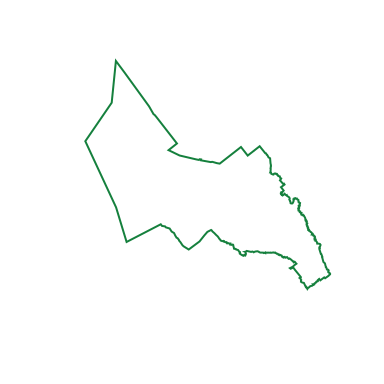 Cruz del Eje, Córdoba, Argentina (Mercator projection), rotated 322°
{"feature_id": "61730980B83091517859764", "entity_name": "Cruz del Eje", "entity_type": "district", "adm_level": 2, "iso_a3": "ARG", "parent_name": "Argentina", "parent_adm1": "Córdoba", "projection": "mercator", "projection_center": [-64.875, -30.658], "detail": "fine", "context": "isolated", "style": "outline", "palette": "green", "viewbox_px": 384, "rotation_deg": 322, "n_neighbors": 0, "source": "geoboundaries", "source_scale": "gbopen_adm2", "svg_char_len": 6064}
<svg xmlns="http://www.w3.org/2000/svg" viewBox="0 0 384 384"><g transform="rotate(322 192 192)"><path d="M139.2,86.3L122.7,157.4L109.7,191.1L147.5,198.2L147.5,200.3L149.6,202.5L149.6,203.7L151.9,207.0L151.6,210.7L152.6,213.3L152.0,215.9L151.7,218.5L152.2,219.5L152.2,221.6L151.9,222.3L152.0,224.3L151.7,228.2L152.0,229.8L154.0,235.3L167.5,235.6L175.0,233.8L179.6,232.9L183.7,233.7L183.9,234.4L183.8,235.6L184.3,238.1L184.6,241.0L184.9,242.6L184.9,244.1L184.7,245.5L184.9,246.7L184.7,247.9L185.0,248.2L185.4,249.1L186.1,249.7L186.4,250.5L186.6,250.5L187.0,250.3L187.1,250.5L187.0,251.3L187.1,251.6L187.6,252.3L188.2,252.6L188.4,252.9L188.4,253.2L188.0,253.5L188.0,254.1L189.4,254.9L189.7,256.0L190.2,256.1L190.6,256.3L190.4,256.7L189.8,257.1L190.6,258.0L191.6,258.4L191.9,258.8L191.8,259.3L191.1,260.5L190.8,261.5L190.2,262.5L190.8,263.3L191.3,263.6L191.5,264.1L191.4,264.6L192.4,265.8L192.6,266.3L192.5,267.1L192.5,268.0L192.5,268.6L192.8,269.0L192.3,269.7L191.9,269.6L191.7,270.0L192.5,272.5L192.8,272.7L193.0,273.6L193.4,274.1L193.9,274.1L194.3,273.7L194.6,273.7L195.0,274.8L196.4,274.0L197.2,272.2L197.0,271.8L197.6,272.1L198.8,272.1L201.7,275.6L202.5,275.9L203.0,276.2L203.3,276.7L203.5,277.5L204.7,277.7L205.8,278.2L207.2,279.1L207.5,279.6L207.9,280.3L207.9,280.7L208.5,281.8L210.5,283.4L210.8,284.0L211.0,284.0L211.1,284.3L211.4,284.3L211.7,284.7L212.1,284.9L212.3,285.4L212.8,285.0L213.0,285.4L214.1,286.2L214.4,286.6L215.0,286.9L216.1,287.9L216.6,288.1L216.7,288.4L217.2,288.8L218.9,289.7L219.3,290.4L219.8,290.6L220.1,291.2L220.4,291.2L220.5,291.8L220.7,292.3L220.7,292.5L220.8,292.5L221.5,293.5L221.5,294.7L222.1,294.8L222.3,295.9L222.9,296.0L223.1,296.4L223.2,297.0L223.5,297.3L223.1,298.4L223.4,298.8L223.6,298.8L223.7,299.0L223.5,299.5L223.6,299.9L224.3,299.9L224.4,300.2L225.1,300.2L225.4,301.1L225.2,301.2L225.3,301.4L226.8,301.8L226.8,302.4L227.0,304.2L227.1,304.3L227.9,304.4L228.0,304.7L228.5,306.5L228.8,308.7L229.0,308.7L229.1,308.9L228.9,309.9L229.3,309.9L229.9,310.1L229.9,310.5L230.1,310.8L230.0,311.9L230.1,312.8L228.0,312.7L225.3,312.9L222.3,312.3L222.5,313.2L225.3,313.9L225.2,317.0L225.4,326.0L225.2,326.3L224.8,326.4L224.3,326.0L223.9,326.0L224.2,326.9L223.9,327.8L223.9,328.6L223.3,328.9L223.0,329.4L222.6,329.8L223.1,331.2L224.2,332.5L223.2,336.9L223.7,337.0L223.6,337.6L223.3,337.7L223.3,338.5L223.5,338.7L223.3,339.4L224.6,339.0L225.5,339.2L227.3,339.0L227.7,339.3L228.7,339.6L228.9,339.8L229.7,339.8L230.4,340.0L230.6,339.5L230.6,339.3L231.0,339.6L231.9,339.5L232.0,339.8L232.3,339.6L232.9,339.5L233.7,339.7L234.1,339.4L234.5,339.5L235.0,339.2L235.4,339.3L235.8,339.7L236.2,339.8L236.4,339.7L236.5,339.1L236.8,338.9L238.7,338.8L238.7,340.6L243.6,340.7L243.8,341.9L247.9,342.1L249.1,341.9L250.1,341.9L250.5,341.5L250.6,340.6L250.5,340.4L250.3,340.2L250.3,339.6L250.1,339.5L250.0,339.2L250.2,338.7L251.3,338.1L251.5,337.4L251.4,337.0L250.7,336.4L250.7,335.8L251.0,335.3L251.3,334.1L251.2,333.7L251.5,333.5L251.7,332.5L252.7,330.4L252.8,329.6L252.5,328.5L252.5,328.0L254.2,324.0L254.4,323.8L254.3,323.6L254.4,323.3L254.8,323.3L255.7,320.5L255.4,320.2L257.3,315.2L257.9,315.2L258.1,314.3L258.6,314.3L258.9,313.7L259.4,313.7L260.7,312.9L260.8,311.7L259.7,310.3L258.9,309.8L259.6,308.3L259.6,306.8L259.5,306.6L259.9,306.1L259.6,305.9L259.3,305.9L259.5,305.3L259.9,305.1L259.7,304.9L259.8,304.7L259.5,304.6L259.9,304.0L260.2,304.0L260.3,303.8L260.8,303.7L260.9,303.1L261.4,302.8L261.4,302.4L261.1,302.1L261.2,301.7L260.8,301.0L261.2,300.7L261.1,300.1L260.2,299.3L260.4,299.2L260.7,299.4L261.2,299.1L261.0,298.9L261.1,298.4L261.2,298.2L261.2,297.5L261.1,296.9L260.8,296.6L260.8,295.2L260.4,294.7L260.7,294.3L260.4,294.1L260.1,293.5L260.3,293.2L261.0,293.2L260.9,291.8L261.1,291.4L261.4,291.8L261.6,291.6L261.5,290.9L261.9,290.5L261.7,289.8L261.9,289.7L262.1,289.7L262.2,289.4L262.1,288.4L263.3,287.8L263.0,287.4L263.5,287.0L264.0,286.2L263.7,285.7L263.8,285.5L264.1,285.3L264.5,285.4L264.6,284.7L264.0,284.2L264.3,283.7L264.7,283.5L264.7,283.0L264.9,282.8L265.3,281.8L265.5,279.9L265.7,279.5L265.6,279.3L265.1,279.0L265.1,278.9L265.5,278.5L265.5,278.1L265.0,277.7L264.6,277.7L264.6,277.2L264.3,277.0L264.7,276.0L265.3,275.7L264.8,275.2L264.7,274.6L265.2,274.0L265.1,273.9L264.7,273.8L264.9,273.4L265.0,272.9L264.6,272.4L265.1,271.9L264.9,271.5L265.4,271.2L265.5,270.7L266.1,270.9L266.5,270.7L266.5,270.0L266.8,270.0L267.0,269.8L266.9,269.6L267.0,269.4L267.5,269.4L267.7,269.6L267.9,269.5L267.9,268.5L268.9,268.7L269.1,268.1L269.9,267.7L270.4,267.2L270.3,266.9L269.9,266.5L270.1,266.0L269.8,265.4L270.9,263.8L270.8,263.6L270.8,263.3L270.4,262.7L270.4,262.4L270.6,261.8L269.9,261.4L269.9,260.9L269.6,260.4L269.2,260.5L268.8,260.2L268.5,260.4L268.3,260.1L267.9,260.3L267.5,260.1L267.1,260.6L267.1,261.1L266.3,261.7L266.1,262.0L265.3,262.3L265.1,262.5L264.1,262.8L263.5,262.4L262.9,261.8L262.8,261.4L263.6,260.2L263.6,259.5L263.9,259.2L264.0,257.9L264.9,257.4L265.3,256.3L265.1,255.3L264.5,253.7L264.8,252.8L264.3,252.7L264.2,252.5L263.9,251.5L263.9,250.4L261.9,250.6L261.4,250.5L261.5,250.2L260.9,249.7L261.1,249.4L261.5,249.2L261.6,248.8L261.5,248.7L260.9,248.7L260.8,248.4L261.2,247.6L262.3,247.1L262.6,247.4L262.6,247.9L265.1,247.3L265.1,243.0L269.5,243.1L269.6,242.0L269.2,241.9L268.8,241.6L268.5,237.0L269.5,236.8L269.6,236.5L270.1,236.2L270.3,236.3L270.6,236.2L270.2,235.1L270.8,233.7L269.8,232.6L270.1,231.8L269.7,231.1L270.1,230.1L270.0,229.8L269.3,229.5L269.0,228.6L268.5,228.3L267.8,228.1L267.3,228.2L267.1,228.4L266.7,228.3L265.7,226.5L266.2,225.3L265.7,224.8L266.3,224.5L266.4,224.2L267.1,223.6L267.5,223.0L268.3,222.3L268.4,221.7L269.8,220.6L270.0,220.1L270.3,220.0L270.7,219.5L271.5,217.8L274.3,213.5L273.6,211.8L273.8,211.0L274.1,209.0L273.8,208.7L274.1,207.1L273.9,206.8L273.6,206.5L273.5,197.6L258.3,197.6L258.3,186.7L231.3,186.7L229.4,184.6L226.7,180.9L226.4,180.6L225.3,180.1L218.5,172.5L219.2,171.9L218.2,170.9L217.1,170.9L215.3,168.8L204.7,155.6L199.3,144.6L210.0,144.5L210.1,110.5L210.0,108.2L209.6,107.0L210.9,98.0L212.4,56.0L212.7,41.9L183.7,72.2L139.2,86.3Z" fill="none" stroke="#15803d" stroke-width="2"/></g></svg>